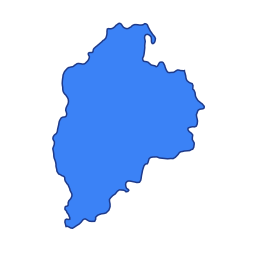 the district of Dokshytsy, Vitebsk, Belarus, rotated 276°
{"feature_id": "67162791B61932293276792", "entity_name": "Dokshytsy", "entity_type": "district", "adm_level": 2, "iso_a3": "BLR", "parent_name": "Belarus", "parent_adm1": "Vitebsk", "projection": "albers", "projection_center": [27.92, 54.818], "detail": "fine", "context": "isolated", "style": "filled", "palette": "blue", "viewbox_px": 256, "rotation_deg": 276, "n_neighbors": 0, "source": "geoboundaries", "source_scale": "gbopen_adm2", "svg_char_len": 5208}
<svg xmlns="http://www.w3.org/2000/svg" viewBox="0 0 256 256"><g transform="rotate(276 128 128)"><path d="M191.0,178.1L190.7,177.4L190.7,175.9L190.6,174.2L190.9,172.6L190.9,171.3L190.2,170.1L189.3,169.1L188.6,168.2L188.1,167.4L187.8,165.2L187.4,163.4L187.5,162.0L188.3,161.0L189.7,160.0L190.9,159.3L192.8,158.4L193.9,158.0L195.5,157.0L196.7,156.1L197.1,155.1L197.0,153.9L196.7,152.9L195.8,152.2L194.9,151.8L193.6,151.3L192.6,150.8L192.0,149.9L192.0,149.2L192.5,148.6L192.7,148.0L192.8,146.7L193.0,145.2L193.2,144.3L194.0,143.2L194.6,142.3L195.5,141.1L195.8,139.8L195.9,138.8L195.9,137.9L196.0,136.8L196.5,136.1L197.3,135.6L198.5,135.3L199.3,135.3L200.7,135.9L201.4,136.0L202.8,136.2L204.9,136.3L206.8,136.3L209.6,136.3L211.7,136.0L214.2,136.0L215.8,136.1L217.3,135.7L218.7,135.2L220.0,135.0L221.6,135.2L222.6,135.9L223.2,137.4L222.9,138.9L221.9,140.5L220.8,141.5L218.8,142.0L216.8,142.2L215.4,142.6L214.5,143.4L214.7,144.4L215.5,145.1L216.0,145.4L217.3,145.8L219.1,145.9L219.9,145.9L221.7,144.8L222.8,143.6L223.9,142.5L225.3,141.4L226.7,140.1L227.9,139.3L229.4,138.3L230.8,137.4L232.4,136.6L233.0,135.9L233.3,135.3L233.5,134.7L233.5,133.7L232.9,133.0L232.5,132.5L232.0,131.4L231.8,130.4L231.6,129.0L231.7,126.9L231.7,125.9L231.6,124.3L231.4,123.4L230.6,122.0L229.9,121.2L228.7,120.3L227.9,118.9L227.2,118.2L226.8,117.1L226.7,115.7L227.1,114.3L227.6,113.1L228.5,112.1L230.0,110.9L230.8,110.1L231.2,109.1L231.2,108.2L230.6,107.3L229.7,106.4L228.9,105.4L227.2,104.2L226.0,102.9L225.3,101.8L224.9,100.6L224.8,99.5L224.8,98.2L224.5,97.5L224.3,97.1L223.4,97.0L221.8,97.0L220.3,97.2L218.6,97.2L216.6,96.9L215.0,96.5L213.0,94.9L212.4,94.0L210.8,92.8L209.6,91.6L208.5,90.6L207.3,89.4L206.0,88.2L205.3,87.4L204.7,86.9L203.6,85.9L202.6,85.4L201.9,85.3L200.2,85.2L199.4,84.5L199.2,83.3L198.9,81.5L198.2,80.8L197.4,80.7L196.3,81.2L195.5,81.8L194.6,82.2L192.7,81.9L191.0,81.2L190.0,80.5L189.3,79.9L187.9,78.8L187.2,77.8L186.8,76.2L187.0,74.1L187.0,71.8L186.6,70.5L186.1,70.0L184.5,68.0L183.7,67.5L183.2,66.6L182.9,65.6L182.6,64.6L182.3,63.9L181.9,62.6L180.9,61.4L180.0,60.8L178.6,59.7L177.0,58.8L174.9,58.2L173.9,57.9L171.4,57.9L170.1,57.8L168.0,57.8L165.5,57.9L163.5,58.3L161.8,58.8L160.2,59.0L159.1,59.2L157.4,59.8L156.2,60.6L155.1,61.6L154.2,62.8L153.4,63.4L152.5,64.2L151.4,65.0L150.5,65.5L149.2,65.8L148.3,66.0L147.4,66.0L146.2,65.9L145.3,65.7L143.8,65.1L143.0,64.8L142.1,64.5L141.2,64.3L140.3,64.2L139.0,64.2L138.4,64.5L137.6,64.9L136.0,65.5L135.3,65.6L133.8,65.4L132.9,64.9L132.4,64.0L132.2,63.0L131.9,61.9L131.5,61.2L131.0,60.5L130.0,60.0L128.9,59.5L127.5,59.0L125.7,58.8L123.9,58.7L120.7,58.3L119.1,58.1L117.8,58.1L116.4,57.9L114.8,57.2L114.5,56.7L113.7,55.9L113.3,55.5L112.4,55.0L111.3,54.5L110.1,54.4L109.2,54.5L108.4,55.0L107.7,55.4L107.3,55.8L106.7,56.2L105.9,56.3L104.2,56.4L103.4,56.3L101.8,55.9L100.8,55.6L99.5,55.4L98.4,55.7L97.6,56.0L96.2,56.4L95.1,56.7L94.1,56.9L92.2,57.2L90.7,57.6L89.8,58.0L88.9,58.5L87.6,59.1L86.4,59.6L85.0,60.0L84.2,60.2L83.0,60.3L82.0,60.5L80.6,61.0L79.2,61.5L77.7,61.8L76.4,62.7L75.0,63.9L74.5,65.7L73.7,67.2L73.4,68.4L73.1,69.3L72.5,69.9L71.9,70.3L71.0,70.4L69.9,70.6L69.1,71.0L68.2,71.4L67.5,72.2L66.2,73.1L65.8,73.7L65.2,74.3L64.3,74.8L63.3,75.4L61.5,76.4L60.0,76.9L58.9,77.6L57.8,78.3L57.1,78.8L55.9,79.2L55.2,79.3L54.0,79.2L53.0,78.9L51.9,78.5L50.8,77.8L49.5,76.8L47.6,76.3L46.4,76.4L45.1,76.5L44.3,76.1L43.8,75.2L43.5,74.2L43.0,73.8L42.1,73.7L41.4,73.7L40.3,73.9L39.8,74.6L39.1,75.4L37.5,76.2L36.9,76.8L35.9,77.7L34.6,78.5L33.7,78.8L33.1,79.4L31.3,79.7L30.8,78.3L30.9,77.6L30.9,76.2L30.0,75.2L29.1,75.1L27.7,75.1L26.2,75.7L24.0,76.5L23.5,76.7L23.9,78.0L23.3,79.9L22.6,81.4L22.5,83.3L23.8,85.0L25.8,87.4L27.5,89.6L29.7,91.4L31.8,92.6L32.9,94.0L33.1,95.2L31.9,97.8L31.3,99.3L31.3,101.4L31.7,104.6L34.0,105.4L35.8,105.1L38.0,106.9L39.1,108.8L39.9,110.6L40.5,113.2L41.3,115.1L44.2,117.5L46.0,118.0L47.9,118.4L50.5,118.1L53.1,117.3L55.0,117.0L56.8,118.0L59.2,119.9L61.1,122.2L64.0,124.0L65.6,125.9L65.7,130.3L65.0,132.0L64.3,132.7L64.9,134.5L66.2,135.3L66.9,134.7L67.8,132.9L69.5,132.0L71.5,131.5L73.4,131.7L74.9,132.9L75.4,134.3L75.4,136.3L75.2,138.0L75.0,140.3L74.7,142.4L74.9,143.8L75.2,144.8L75.3,145.1L77.3,146.1L78.9,146.3L82.2,146.4L84.1,146.6L87.5,146.9L90.1,147.4L92.2,147.9L93.8,149.0L94.3,150.1L94.4,150.9L95.9,151.5L98.2,151.9L99.7,152.2L101.1,153.6L101.7,155.6L102.3,159.7L101.5,162.5L101.5,166.3L101.5,170.5L101.8,172.1L102.1,173.5L102.3,176.1L103.8,178.1L105.4,179.4L107.0,180.6L108.5,181.4L109.8,182.7L110.4,184.8L111.0,186.4L111.6,189.6L112.0,191.7L113.3,193.5L113.6,194.5L115.7,195.4L118.6,195.5L120.0,195.4L121.5,194.4L123.1,193.2L125.1,193.0L127.8,193.1L128.9,192.1L129.6,191.3L130.8,189.2L132.4,187.9L133.2,187.6L134.4,188.0L135.4,190.1L136.0,192.0L136.1,194.2L137.0,195.7L139.2,196.4L142.3,196.4L144.0,195.9L146.2,195.1L148.3,194.6L150.2,195.1L152.0,195.5L153.3,196.1L154.3,197.8L154.7,199.6L155.0,200.6L155.1,200.8L155.9,201.6L157.2,201.6L157.8,201.3L159.9,199.1L160.5,197.9L161.5,196.4L162.6,194.7L165.0,192.8L166.7,191.8L170.1,191.0L172.6,189.6L173.5,188.3L177.0,188.2L178.8,187.2L179.3,185.2L179.9,183.7L181.3,181.7L182.8,180.8L184.6,180.2L185.7,180.0L188.2,179.1L190.0,178.3L191.0,178.1Z" fill="#3b82f6" stroke="#1e3a8a" stroke-width="1.5"/></g></svg>